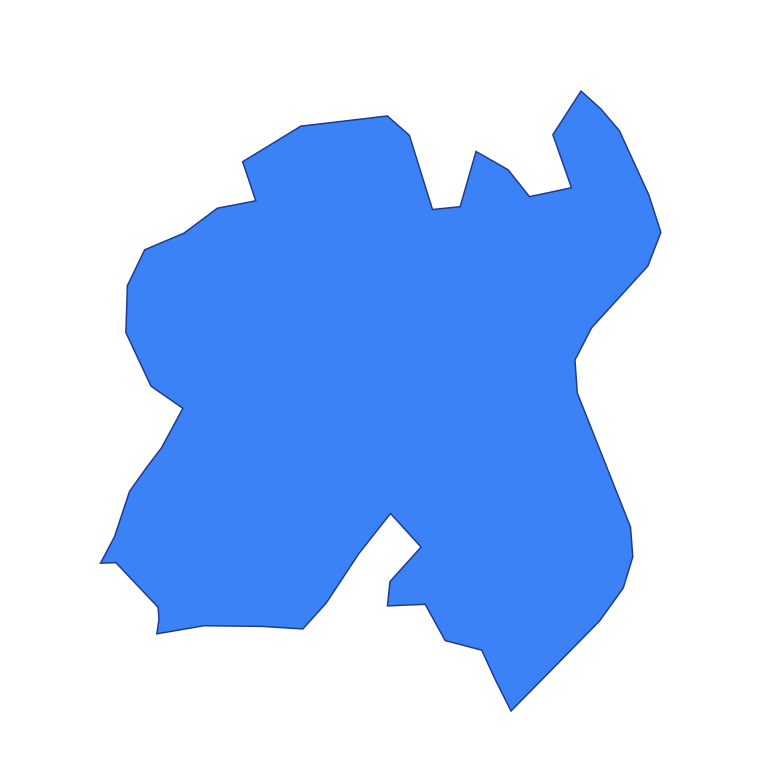 map outline of Bauska (Albers equal-area conic projection), rotated 276°
{"feature_id": "LVA-1079", "entity_name": "Bauska", "entity_type": "Municipality", "adm_level": 1, "iso_a3": "LVA", "parent_name": "Latvia", "parent_adm1": "", "projection": "albers", "projection_center": [24.265, 56.397], "detail": "fine", "context": "isolated", "style": "filled", "palette": "blue", "viewbox_px": 768, "rotation_deg": 276, "n_neighbors": 0, "source": "natural_earth", "source_scale": "10m", "svg_char_len": 854}
<svg xmlns="http://www.w3.org/2000/svg" viewBox="0 0 768 768"><g transform="rotate(276 384 384)"><path d="M695.9,549.3L680.3,570.8L660.4,591.7L599.7,627.6L563.7,643.5L529.0,634.1L461.8,584.7L427.8,571.4L395.2,577.2L267.6,644.1L239.7,649.2L238.1,649.5L206.2,643.3L170.9,623.2L72.1,544.5L101.1,525.9L129.5,509.0L135.2,471.7L169.2,448.0L163.7,410.6L188.1,410.6L225.7,437.9L255.9,404.0L212.7,376.7L160.1,349.4L131.9,328.9L130.2,288.1L124.8,230.3L111.8,184.2L126.5,184.8L138.3,182.7L178.3,136.0L176.2,120.8L203.8,131.9L250.7,142.2L275.0,155.9L297.5,169.5L338.8,186.5L357.5,152.5L408.2,121.9L455.0,118.5L492.5,132.0L513.2,169.4L541.4,199.9L552.8,237.3L590.3,220.2L631.8,274.4L650.9,359.3L634.0,383.2L562.6,414.0L568.3,441.2L624.9,451.2L609.9,485.2L585.5,509.1L598.8,549.9L649.6,525.9L695.9,549.3Z" fill="#3b82f6" stroke="#1e3a8a" stroke-width="1.5"/></g></svg>